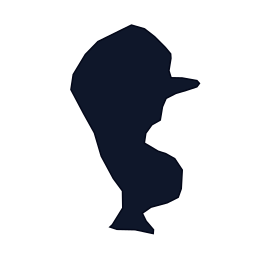 the district of Simrishamn, Skåne, Sweden, rotated 192°
{"feature_id": "70781695B62390377140785", "entity_name": "Simrishamn", "entity_type": "district", "adm_level": 2, "iso_a3": "SWE", "parent_name": "Sweden", "parent_adm1": "Skåne", "projection": "robinson", "projection_center": [14.183, 55.612], "detail": "fine", "context": "isolated", "style": "filled", "palette": "ink", "viewbox_px": 256, "rotation_deg": 192, "n_neighbors": 0, "source": "geoboundaries", "source_scale": "gbopen_adm2", "svg_char_len": 715}
<svg xmlns="http://www.w3.org/2000/svg" viewBox="0 0 256 256"><g transform="rotate(192 128 128)"><path d="M81.4,30.0L81.9,33.8L90.9,40.7L96.3,47.6L89.1,55.3L74.1,63.0L64.5,70.7L63.3,79.7L66.2,98.2L75.9,107.7L85.5,110.7L93.9,111.6L108.9,116.7L109.5,126.6L105.3,136.1L98.1,142.5L98.7,155.9L96.9,164.9L88.4,171.8L78.8,177.0L69.2,182.6L68.2,184.7L67.4,186.5L70.4,188.7L85.4,188.2L96.3,186.1L99.9,192.6L100.5,205.1L101.7,209.4L108.3,214.6L120.9,222.8L132.4,228.4L146.0,229.4L154.2,223.0L175.4,206.3L185.0,191.1L192.7,168.9L191.8,153.7L174.4,132.9L159.9,116.3L148.3,94.9L131.9,75.6L120.3,65.3L116.5,48.7L123.2,30.1L125.1,27.4L117.7,26.6L99.9,30.0L81.4,30.0Z" fill="#0f172a" stroke="#020617" stroke-width="1.5"/></g></svg>